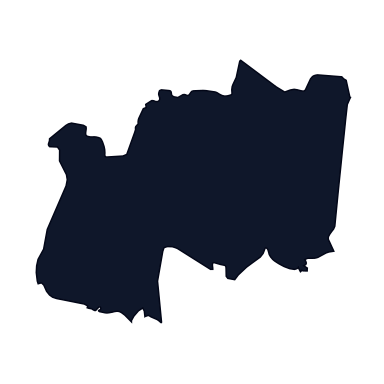 the border of Jizzakh, rotated 99°
{"feature_id": "UZB-370", "entity_name": "Jizzakh", "entity_type": "Region", "adm_level": 1, "iso_a3": "UZB", "parent_name": "Uzbekistan", "parent_adm1": "", "projection": "albers", "projection_center": [67.735, 40.342], "detail": "fine", "context": "isolated", "style": "filled", "palette": "ink", "viewbox_px": 384, "rotation_deg": 99, "n_neighbors": 0, "source": "natural_earth", "source_scale": "10m", "svg_char_len": 4027}
<svg xmlns="http://www.w3.org/2000/svg" viewBox="0 0 384 384"><g transform="rotate(99 192 192)"><path d="M322.4,219.0L317.0,220.5L314.3,222.5L317.7,226.3L323.7,230.0L328.4,231.7L329.7,231.5L324.1,239.1L322.1,242.9L321.5,244.8L321.4,246.1L321.5,247.3L321.7,248.2L322.2,249.8L322.6,250.8L322.7,251.0L323.0,251.6L324.1,254.7L324.6,256.4L324.8,257.3L324.9,258.9L324.6,264.7L324.1,265.6L323.6,265.7L323.2,265.0L322.6,264.3L321.9,263.9L321.1,263.8L320.0,264.5L319.9,265.2L320.2,265.9L320.8,266.4L323.2,268.0L323.9,268.5L324.3,269.2L324.1,270.2L323.7,271.4L323.0,272.9L323.0,275.6L322.7,277.4L322.3,277.3L320.8,277.2L319.5,280.9L318.4,309.0L317.7,313.2L316.0,316.6L312.8,320.1L307.1,323.8L305.3,326.4L305.7,327.5L306.7,329.6L304.1,330.9L295.9,333.2L289.2,333.9L282.6,333.5L271.7,329.6L251.6,329.1L205.7,317.3L199.4,317.1L194.5,318.7L182.0,327.7L171.3,329.3L168.6,331.9L169.5,339.7L169.0,340.3L168.5,340.8L167.9,341.1L167.2,341.3L163.7,340.8L161.7,341.0L151.6,332.0L146.0,327.0L144.1,324.7L142.8,321.8L143.1,309.8L143.6,308.4L144.3,306.8L146.2,306.4L150.2,306.3L151.3,306.1L152.6,305.6L153.1,304.8L153.4,303.8L153.5,301.7L153.5,300.7L153.2,298.9L153.0,298.0L152.8,296.8L152.7,295.3L152.9,292.7L153.2,291.5L153.4,290.8L154.5,289.7L156.6,288.2L160.8,286.0L163.7,284.9L167.3,284.1L168.3,284.1L170.4,283.5L170.9,282.1L167.3,265.9L165.1,262.3L142.0,257.9L138.9,257.5L137.6,257.9L136.3,257.8L135.4,257.3L133.3,255.9L132.3,255.9L131.4,256.2L129.3,256.3L127.7,256.1L117.3,253.1L115.7,250.4L115.1,250.7L114.5,250.8L112.7,251.4L108.1,246.2L107.9,245.3L107.9,243.9L108.3,242.7L108.2,240.4L107.5,239.3L106.6,238.6L105.6,238.4L104.7,238.5L104.1,238.6L101.5,239.9L100.7,240.2L99.6,240.3L98.5,240.2L97.0,239.9L96.4,239.1L95.9,238.2L95.4,230.4L95.5,229.4L95.9,228.7L96.6,228.2L99.1,227.4L99.8,226.9L100.2,226.3L100.8,224.8L100.9,220.7L97.3,216.2L96.9,214.8L97.0,213.6L97.3,212.5L97.4,211.3L97.0,210.6L96.3,209.9L93.6,208.6L92.5,207.8L92.1,206.9L91.8,206.1L90.0,197.0L89.7,194.1L89.6,185.9L89.6,184.7L89.8,183.6L90.1,182.6L91.2,180.0L92.0,177.4L92.2,175.0L91.9,173.4L91.4,171.7L90.4,169.5L89.8,168.4L89.0,167.9L88.3,167.9L84.8,168.7L81.7,168.8L79.6,168.4L77.5,167.8L72.0,166.2L55.3,165.3L54.3,164.5L75.0,125.3L78.8,116.1L75.9,110.9L74.8,107.8L74.6,107.0L74.6,104.1L74.9,101.0L75.0,99.3L75.0,98.0L74.7,97.2L74.2,96.6L73.5,96.0L61.7,92.6L59.9,91.5L59.1,91.0L58.0,89.6L57.3,88.1L57.0,87.3L56.7,86.3L54.8,62.1L56.5,59.9L57.6,57.2L73.7,50.9L73.8,50.3L75.9,50.9L81.3,52.3L96.5,51.6L109.3,50.9L128.4,49.9L142.4,49.1L159.1,48.2L169.8,47.6L186.7,46.6L203.5,45.6L205.0,46.0L206.5,46.4L209.2,47.9L212.0,49.3L213.4,49.8L214.9,50.3L216.1,50.2L217.4,50.0L221.2,47.4L225.0,44.9L226.6,43.8L228.3,42.7L229.1,45.2L229.9,47.7L230.0,47.8L230.6,48.9L231.1,49.9L234.0,53.7L236.9,57.5L237.6,59.0L238.2,60.6L238.8,63.9L239.3,67.3L240.2,68.7L241.1,70.1L241.8,69.5L242.6,68.8L243.5,68.4L244.3,68.0L245.1,68.1L245.9,68.3L246.6,69.2L247.3,70.1L248.2,68.2L249.1,66.2L250.5,66.1L251.9,65.9L252.2,67.8L252.4,69.6L252.5,69.8L252.5,70.0L252.3,70.8L252.2,71.6L252.8,71.8L253.4,72.0L253.6,72.2L253.8,72.4L252.3,73.5L250.8,74.6L250.2,74.9L249.7,75.2L250.2,75.5L250.7,75.7L251.1,76.2L251.4,76.6L251.9,77.6L252.4,78.6L252.4,81.1L252.4,83.6L251.8,86.5L251.2,89.4L250.2,92.3L249.2,95.1L248.2,97.4L247.2,99.6L246.5,100.8L245.8,101.9L244.8,103.0L243.9,104.1L242.8,105.0L241.7,105.9L239.4,106.9L237.1,108.0L236.5,108.5L235.9,109.1L235.7,109.8L235.5,110.4L235.9,110.8L236.3,111.1L239.0,111.6L241.6,112.2L243.6,113.3L245.6,114.4L251.6,120.4L257.7,126.4L262.1,129.8L266.6,133.3L271.9,136.1L271.7,143.1L269.9,145.0L262.7,146.3L260.9,146.7L260.2,147.0L259.6,147.5L259.3,148.4L259.1,152.6L258.3,159.0L258.6,159.9L259.3,160.6L261.5,160.3L263.9,159.6L265.1,159.4L265.5,161.6L250.0,197.7L249.5,200.1L249.1,202.8L249.7,207.6L250.3,209.0L251.0,210.3L251.5,211.0L255.2,211.6L285.4,212.1L325.1,201.8L325.7,201.8L325.8,202.2L325.1,203.4L324.5,204.3L324.0,205.2L323.4,206.5L321.7,213.1L321.1,214.4L320.7,215.9L322.3,218.9L322.4,219.0L322.4,219.0Z" fill="#0f172a" stroke="#020617" stroke-width="1.5"/></g></svg>